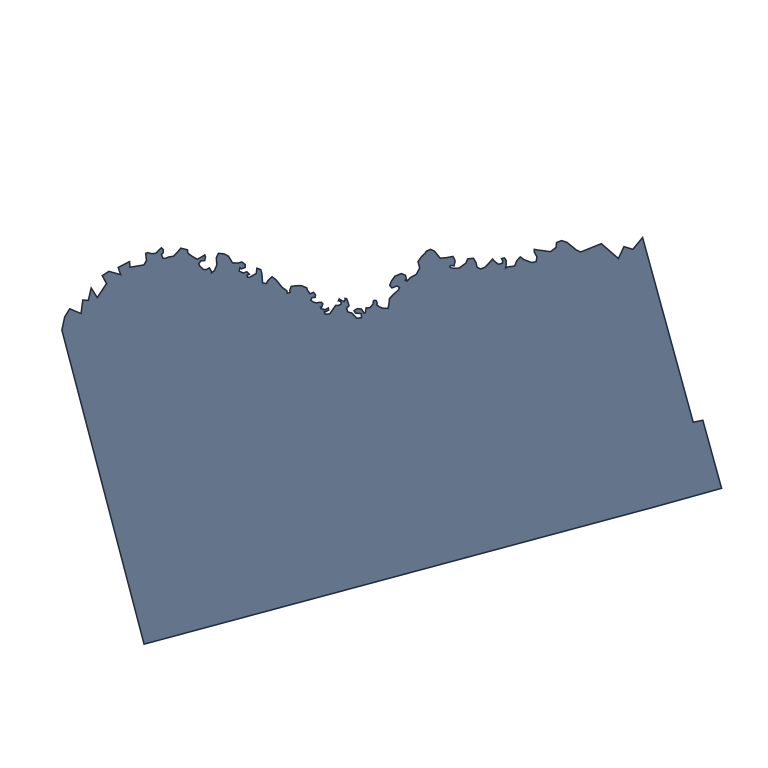 Mellette, South Dakota, United States of America (orthographic projection), rotated 345°
{"feature_id": "52423323B72316424334286", "entity_name": "Mellette", "entity_type": "district", "adm_level": 2, "iso_a3": "USA", "parent_name": "United States of America", "parent_adm1": "South Dakota", "projection": "orthographic", "projection_center": [-100.749, 43.623], "detail": "fine", "context": "isolated", "style": "filled", "palette": "slate", "viewbox_px": 768, "rotation_deg": 345, "n_neighbors": 0, "source": "geoboundaries", "source_scale": "gbopen_adm2", "svg_char_len": 2999}
<svg xmlns="http://www.w3.org/2000/svg" viewBox="0 0 768 768"><g transform="rotate(345 384 384)"><path d="M608.2,307.4L604.4,304.3L597.3,294.4L592.6,291.4L587.3,292.0L585.5,296.6L579.0,299.3L572.1,296.3L567.2,294.4L564.0,292.8L563.3,295.4L564.6,300.8L562.6,305.2L558.1,304.9L551.3,300.0L548.5,296.5L543.9,299.6L540.8,303.8L533.1,302.9L531.5,303.5L533.0,300.2L534.0,296.2L533.0,293.4L530.0,293.2L530.5,296.1L529.5,298.0L525.6,298.0L522.5,294.1L521.2,291.4L516.7,294.4L511.7,297.4L507.1,297.9L504.1,295.3L504.3,290.6L503.0,285.7L497.2,284.8L494.5,288.4L486.4,291.5L480.7,290.1L478.8,289.1L477.8,287.8L479.2,286.7L482.2,288.1L484.4,284.0L484.4,281.6L483.6,278.6L477.8,278.2L470.9,277.1L467.1,268.7L463.7,265.9L459.2,266.7L457.6,268.3L453.5,270.5L448.5,274.6L448.5,281.1L443.7,286.4L437.0,288.1L432.8,290.6L431.4,289.2L432.8,288.7L432.9,284.6L429.4,281.8L422.4,282.7L417.9,286.4L415.0,290.2L416.5,293.3L419.7,292.9L422.1,292.7L423.9,294.9L422.0,297.1L416.2,299.9L411.3,303.0L409.8,307.2L407.5,312.0L404.6,311.1L402.3,310.4L399.7,308.5L397.4,305.4L398.4,304.0L398.0,301.3L396.2,300.6L395.1,301.2L394.1,304.0L390.2,306.6L386.5,305.8L385.1,308.8L384.2,310.5L382.9,310.3L382.5,308.4L381.6,305.7L377.9,304.3L376.1,304.7L374.0,305.5L374.8,308.2L380.2,310.1L379.4,314.1L374.7,313.4L371.2,307.0L367.7,305.0L367.4,301.4L370.5,299.3L370.3,294.4L370.0,291.9L368.5,291.2L368.4,292.2L367.3,293.9L364.8,292.6L362.8,290.2L361.4,291.9L362.7,292.4L363.8,294.4L362.8,296.0L360.1,296.2L357.6,295.6L349.7,302.2L345.3,301.4L345.0,298.6L346.6,299.1L349.8,298.2L349.9,296.1L346.7,297.0L343.0,295.3L342.6,293.3L343.8,293.6L345.7,290.8L344.7,288.9L342.4,288.3L339.8,288.3L337.1,286.7L334.9,284.2L336.8,282.0L340.0,282.5L340.9,280.1L339.7,277.2L335.9,277.7L334.3,273.4L334.3,271.1L329.5,267.5L323.9,266.2L319.6,265.7L317.2,269.1L317.0,271.3L314.1,271.2L314.3,268.8L310.7,264.4L306.6,255.3L303.6,251.4L298.6,254.1L296.4,256.5L292.9,254.9L293.6,251.2L294.6,245.9L294.6,241.6L291.2,239.2L289.2,244.2L281.8,246.1L279.9,245.6L279.8,243.6L282.4,243.2L280.6,240.1L276.7,240.3L273.3,237.5L274.9,234.4L276.0,235.9L280.1,235.5L280.9,232.8L278.3,229.3L274.8,229.5L269.0,227.8L266.9,220.4L263.2,216.9L257.9,214.9L254.7,218.6L253.3,225.8L249.5,230.6L246.2,232.0L246.5,230.6L245.4,226.6L242.0,227.5L239.2,226.6L236.5,222.3L236.2,219.8L239.1,217.7L242.8,218.4L244.5,215.0L244.3,212.9L240.8,214.0L235.9,215.2L231.7,211.0L228.4,206.8L228.9,203.5L222.9,200.2L219.5,202.6L213.8,206.1L208.7,205.6L205.2,206.0L203.1,205.4L202.5,201.3L204.7,200.1L205.6,197.1L204.6,195.5L204.3,194.8L201.2,196.4L197.6,198.7L193.3,198.0L190.0,196.0L187.6,196.1L187.1,199.5L186.5,203.2L183.0,206.8L168.9,205.5L169.9,199.9L157.4,202.6L157.9,210.2L147.5,204.0L139.9,206.4L141.9,215.2L129.4,226.3L126.0,215.5L120.0,226.7L114.8,224.9L109.6,237.5L99.9,230.0L92.9,236.6L86.8,248.6L84.9,573.2L613.3,572.8L683.1,572.1L682.6,501.5L672.8,501.0L671.7,309.5L659.2,318.3L651.3,313.4L642.9,323.5L630.2,304.7L608.2,307.4Z" fill="#64748b" stroke="#1e293b" stroke-width="1.5"/></g></svg>